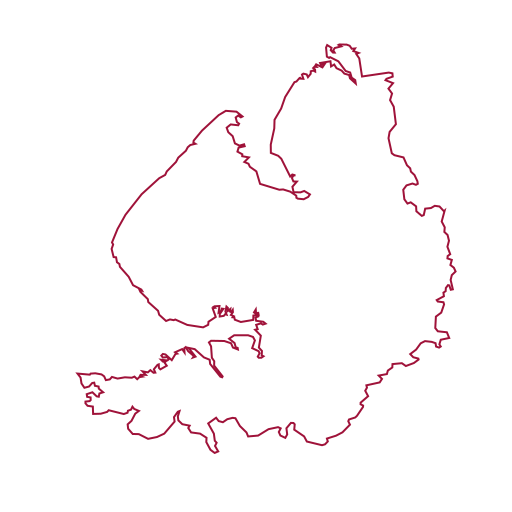 map outline of Gujarat (Equal Earth projection), rotated 81°
{"feature_id": "IND-3264", "entity_name": "Gujarat", "entity_type": "state/province", "adm_level": 1, "iso_a3": "IND", "parent_name": "India", "parent_adm1": "", "projection": "equal_earth", "projection_center": [71.839, 22.391], "detail": "fine", "context": "isolated", "style": "outline", "palette": "rose", "viewbox_px": 512, "rotation_deg": 81, "n_neighbors": 0, "source": "natural_earth", "source_scale": "10m", "svg_char_len": 6030}
<svg xmlns="http://www.w3.org/2000/svg" viewBox="0 0 512 512"><g transform="rotate(81 256 256)"><path d="M236.9,90.6L242.3,86.0L241.8,83.9L235.7,81.5L236.0,75.7L234.4,71.6L235.8,67.0L241.2,63.4L240.7,62.6L251.0,67.2L257.2,65.1L261.7,66.2L265.2,63.5L271.1,63.0L276.8,65.5L284.6,63.9L286.0,66.7L288.3,67.3L290.5,63.2L295.3,65.4L298.5,62.4L302.5,61.3L305.5,65.6L310.1,67.5L319.7,66.8L319.8,68.9L315.3,69.7L314.8,70.9L317.3,73.5L320.4,74.2L321.5,76.6L325.1,76.7L327.8,84.4L329.4,83.6L331.0,78.1L333.2,77.8L340.9,81.9L344.0,87.8L355.2,90.2L358.8,88.2L361.2,79.4L367.2,78.0L367.6,86.6L371.9,88.7L374.3,87.7L375.1,89.5L373.6,92.3L370.2,92.3L368.3,95.9L366.5,102.4L368.0,107.0L373.5,112.5L377.0,119.0L380.6,116.5L382.7,111.7L383.7,111.6L386.4,116.8L388.1,125.2L384.7,128.7L384.1,138.1L387.4,138.8L389.8,143.7L393.1,145.2L393.3,153.5L397.1,150.8L400.2,153.6L401.0,167.2L403.4,167.0L406.2,169.2L412.0,167.2L417.2,175.6L418.8,175.9L420.5,173.6L421.8,173.9L429.6,181.2L431.0,183.2L432.0,189.7L433.6,190.7L437.3,189.6L443.7,198.2L446.0,205.1L447.4,214.5L450.4,214.1L452.8,217.3L453.2,220.4L447.2,234.8L441.7,236.7L433.5,245.4L428.3,244.1L426.8,245.1L426.3,247.6L430.9,252.9L437.1,253.1L440.2,255.5L437.1,260.0L433.4,261.0L430.1,258.6L428.5,261.0L429.0,270.7L433.7,282.0L433.0,292.0L428.8,293.0L421.4,298.5L413.0,301.7L412.2,304.4L412.7,309.9L415.0,314.7L413.2,318.7L409.5,320.7L413.9,329.4L424.9,325.4L432.0,325.6L434.3,324.1L437.2,326.2L443.1,323.9L444.0,327.7L440.3,331.3L432.0,334.2L427.8,333.3L422.7,339.0L420.1,347.7L415.3,349.8L413.2,348.1L410.6,355.1L406.2,358.4L402.2,358.3L397.2,355.8L397.6,357.6L402.3,362.2L406.8,362.3L417.1,374.4L419.3,382.1L419.7,391.2L413.6,399.6L412.5,405.6L406.6,409.3L402.2,409.1L399.4,404.8L392.8,399.9L390.7,395.9L388.0,400.2L385.5,401.6L388.2,403.5L388.8,406.7L390.7,407.4L391.4,411.3L385.3,425.6L386.7,427.4L387.5,434.0L386.5,441.6L379.2,440.7L377.6,445.8L374.8,447.5L373.1,447.2L373.3,443.0L372.4,441.8L369.8,441.5L368.7,444.8L366.0,444.8L365.0,438.9L369.7,435.3L370.4,433.3L367.3,432.2L366.7,428.3L362.4,432.0L360.3,431.9L359.0,435.4L355.8,435.6L355.8,437.6L358.8,441.3L359.3,446.1L354.6,448.3L348.6,448.3L344.2,450.7L347.2,438.7L346.3,437.8L346.7,433.1L348.8,427.1L351.1,424.8L355.1,423.7L355.0,419.7L352.9,417.2L355.4,411.9L355.3,404.5L356.8,397.7L356.1,394.9L359.1,392.6L357.4,390.2L357.4,387.4L356.2,389.3L355.3,388.6L356.2,383.4L352.2,386.1L354.0,381.0L352.2,378.2L355.3,375.5L355.4,373.7L351.9,374.6L348.1,370.3L347.8,369.0L351.3,369.4L353.0,368.2L350.4,361.3L347.0,363.0L346.2,361.9L345.7,364.5L343.6,366.0L345.3,359.8L344.4,358.4L342.0,359.3L341.7,363.9L339.6,365.1L338.2,363.3L339.1,360.8L345.7,355.5L340.2,350.9L340.1,349.2L338.4,350.9L336.4,343.5L340.1,341.7L335.9,341.3L335.0,339.7L339.4,337.9L345.2,333.0L346.4,334.1L345.9,331.5L336.2,337.0L338.4,331.1L348.0,323.3L351.2,318.0L355.4,318.2L369.6,310.1L370.5,308.4L369.7,307.8L357.7,314.5L353.4,313.7L349.6,315.5L338.2,314.5L334.0,316.0L332.7,313.6L335.0,300.6L338.3,294.3L342.8,293.1L345.5,288.5L343.9,288.5L343.0,290.3L338.6,290.8L333.5,295.5L330.9,290.0L333.1,276.1L335.5,271.6L339.2,270.3L346.4,274.2L350.4,268.3L352.6,267.7L355.7,270.0L356.9,269.2L357.3,266.6L356.2,264.3L355.0,265.9L350.7,265.0L346.9,267.5L335.4,263.7L328.7,268.4L328.5,265.8L324.0,266.6L323.3,261.7L324.8,260.0L324.3,257.1L322.1,259.1L320.0,266.0L316.7,266.1L316.0,263.1L314.5,262.6L312.5,262.7L312.4,264.9L308.8,264.6L311.4,266.8L314.5,263.7L314.4,267.9L318.7,268.7L318.8,281.3L315.6,286.9L313.3,287.0L312.9,288.5L312.0,287.4L310.3,290.0L307.9,287.6L305.5,287.4L307.5,289.4L306.7,290.5L304.3,289.7L305.9,292.6L302.9,291.9L301.3,293.1L306.0,294.9L309.3,294.2L308.6,295.5L310.1,297.2L310.1,301.3L307.7,300.9L303.1,296.5L302.6,298.0L304.9,299.3L306.0,301.8L299.7,299.9L299.2,304.8L299.6,305.8L300.8,304.7L300.8,307.0L309.9,305.3L313.5,313.2L316.5,314.0L318.2,319.4L313.3,334.7L306.1,345.7L306.5,347.3L305.2,350.9L306.1,355.0L298.9,360.8L294.8,361.3L284.6,369.6L281.7,369.6L273.3,375.8L271.1,376.4L272.4,374.0L271.2,374.5L265.6,382.0L256.6,385.0L245.4,392.1L242.5,392.2L240.4,394.3L235.4,394.4L234.8,396.8L226.4,397.5L222.3,395.3L220.1,396.1L207.6,388.5L194.8,378.4L177.1,359.3L164.0,339.4L161.7,333.0L158.5,330.9L150.6,320.3L146.7,317.4L141.1,308.8L137.9,306.4L136.1,303.5L135.7,298.3L134.2,300.1L132.3,299.5L123.7,289.7L111.0,270.8L107.9,263.1L110.4,252.7L116.1,247.5L116.7,249.3L114.5,251.7L116.0,254.4L120.7,253.9L122.7,252.0L124.1,253.1L122.1,260.4L124.7,264.9L129.4,264.0L134.0,260.3L141.5,259.2L144.4,255.0L143.8,250.3L145.8,250.0L146.2,256.2L150.0,258.0L153.4,253.6L155.3,254.0L157.5,247.6L161.3,252.8L163.7,249.0L166.9,248.1L172.5,242.4L185.4,240.7L194.2,222.6L194.5,218.8L197.8,212.1L202.7,206.8L204.8,207.0L205.9,205.7L207.4,200.0L205.8,195.2L203.6,193.1L199.3,198.2L200.1,202.0L198.9,208.9L193.3,209.2L188.9,204.0L188.2,207.4L184.5,208.3L182.4,206.5L182.5,204.5L181.2,207.4L182.8,209.8L163.9,215.8L160.5,218.4L156.5,225.2L148.3,224.0L132.9,218.0L124.4,216.4L114.3,208.1L103.5,202.3L90.3,190.8L90.0,188.8L87.0,185.1L86.7,183.8L87.6,185.0L88.4,181.5L84.0,182.2L83.3,180.7L84.6,177.5L87.5,176.7L84.6,173.5L82.1,173.0L81.8,170.5L83.1,168.7L81.0,168.5L79.3,170.1L78.3,168.8L78.7,166.6L77.2,167.6L76.1,166.6L80.1,160.9L77.0,158.0L77.6,161.9L75.4,162.5L75.3,152.0L80.5,152.2L79.1,148.8L83.1,147.1L86.3,142.4L89.7,140.2L91.8,135.7L95.2,135.4L101.3,130.5L97.8,130.5L94.8,133.6L89.5,134.3L87.3,138.5L76.6,144.2L71.2,151.7L71.8,152.8L70.2,154.8L61.1,154.2L58.8,152.7L62.2,148.8L64.4,150.0L67.1,148.2L67.4,146.5L64.9,147.5L62.9,145.7L62.3,139.1L60.4,141.4L60.1,140.6L61.4,133.4L63.0,130.6L66.3,129.0L66.5,125.7L68.8,127.8L71.5,122.9L72.1,125.4L77.0,123.1L95.3,123.2L95.6,96.2L96.9,92.7L100.2,92.9L101.4,99.4L102.6,100.6L106.7,93.6L111.4,99.0L116.8,96.2L123.0,99.2L130.1,96.6L147.7,97.2L154.3,104.6L160.4,106.7L175.8,105.8L178.1,103.5L181.7,94.9L190.0,92.7L193.5,90.0L196.9,89.8L200.8,86.8L207.4,84.9L210.0,84.9L210.7,86.9L208.9,90.1L209.8,96.3L213.6,100.2L223.2,100.6L227.9,98.2L227.2,94.8L232.0,90.1L236.9,90.6Z" fill="none" stroke="#9f1239" stroke-width="2"/></g></svg>